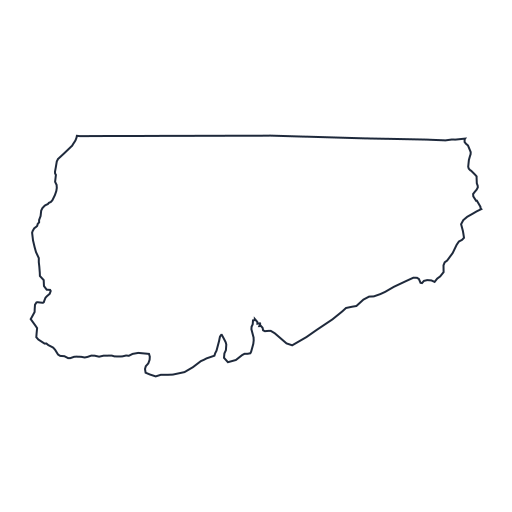 Kongolo, Katanga, Democratic Republic of the Congo
{"feature_id": "63176286B90330150002289", "entity_name": "Kongolo", "entity_type": "district", "adm_level": 2, "iso_a3": "COD", "parent_name": "Democratic Republic of the Congo", "parent_adm1": "Katanga", "projection": "mercator", "projection_center": [26.751, -5.433], "detail": "fine", "context": "isolated", "style": "outline", "palette": "slate", "viewbox_px": 512, "rotation_deg": 0, "n_neighbors": 0, "source": "geoboundaries", "source_scale": "gbopen_adm2", "svg_char_len": 3914}
<svg xmlns="http://www.w3.org/2000/svg" viewBox="0 0 512 512"><path d="M292.2,345.3L306.4,337.1L316.7,329.9L332.4,319.4L342.4,311.3L346.0,308.0L352.2,306.7L356.4,306.0L363.4,299.6L369.1,296.6L373.8,296.4L380.3,294.1L385.1,291.9L393.9,286.8L406.2,281.0L413.4,277.7L417.0,277.8L418.9,279.0L420.5,282.8L422.0,283.1L423.9,280.9L427.2,280.1L431.3,280.4L434.6,281.9L437.2,278.6L440.2,276.4L443.6,272.1L443.5,265.3L444.7,262.3L447.1,260.6L448.9,258.2L449.9,256.8L452.7,253.0L456.7,244.7L458.9,241.5L462.0,239.9L464.0,237.8L463.3,233.3L462.9,231.0L461.1,224.2L463.3,220.1L467.2,216.8L472.7,213.7L476.6,211.4L481.3,209.1L480.6,208.3L480.4,206.8L480.4,206.7L476.9,200.7L476.5,200.7L476.1,200.8L473.3,196.4L473.1,194.0L474.8,191.8L476.6,189.7L477.8,187.4L477.7,185.8L476.8,183.3L476.6,178.1L476.6,176.4L475.1,174.7L471.1,170.7L470.3,170.3L468.8,168.7L468.7,168.5L468.2,166.7L468.9,159.9L470.0,156.0L470.6,154.2L470.7,152.1L468.0,145.5L465.9,143.7L464.6,142.0L464.6,140.6L464.6,139.4L465.1,138.6L455.5,139.6L451.9,139.5L445.3,140.4L443.7,140.3L431.1,139.8L426.8,139.6L392.2,138.9L387.3,138.8L386.3,138.8L369.9,138.5L367.3,138.4L365.4,138.4L351.8,138.0L308.1,136.7L303.2,136.6L270.0,135.6L267.1,135.7L266.8,135.7L266.2,135.7L265.6,135.7L263.2,135.7L205.6,135.8L172.8,135.9L167.0,135.9L159.7,135.9L137.0,136.0L131.5,136.0L109.3,136.0L88.8,136.1L79.5,136.1L76.9,135.8L76.5,137.7L75.5,140.3L75.4,140.5L74.8,141.5L73.2,143.9L72.1,145.8L71.7,146.1L64.3,153.2L57.9,159.1L57.8,159.5L57.3,160.4L56.8,161.4L55.8,167.3L55.0,171.7L55.0,172.0L55.1,173.5L55.9,174.9L55.1,181.8L55.4,182.4L55.9,183.5L56.6,184.9L56.7,186.5L56.8,187.9L56.3,191.0L55.7,192.8L54.9,195.1L53.5,198.0L52.5,200.0L52.3,200.4L51.7,201.0L50.8,202.0L49.9,202.4L48.9,202.8L48.8,203.0L48.3,203.5L48.2,203.6L48.1,203.8L47.8,204.1L45.8,205.0L45.5,205.2L44.9,205.5L43.9,206.5L42.9,207.6L42.4,208.1L41.2,210.6L40.6,216.0L40.5,216.3L39.1,220.0L39.1,221.2L39.1,222.4L38.9,222.6L37.7,223.9L37.6,224.4L37.2,225.8L37.1,226.0L36.2,226.8L34.6,228.0L34.2,228.3L33.3,229.9L32.8,230.7L32.4,231.8L32.1,232.7L33.0,240.3L34.6,247.1L36.0,252.1L38.8,258.1L38.8,262.2L39.3,266.6L39.8,272.9L39.9,276.0L43.7,280.1L43.9,284.8L44.0,286.1L46.7,289.7L50.1,289.9L50.7,291.0L49.7,293.8L46.8,296.3L45.5,297.7L44.3,300.7L43.8,302.2L42.9,302.8L39.9,302.5L37.6,302.2L36.5,302.4L35.0,304.7L34.7,309.0L34.6,312.0L32.0,316.8L30.7,319.1L35.4,325.6L37.1,328.1L36.6,333.3L36.3,337.2L38.3,339.5L44.6,343.6L46.4,343.5L47.7,344.6L48.3,345.1L49.7,345.8L50.7,346.3L53.0,347.5L53.8,348.3L55.1,349.8L57.7,354.0L58.1,354.6L60.2,355.9L64.4,356.2L67.5,357.8L68.0,358.1L68.4,358.1L70.4,358.1L74.1,356.8L77.0,356.6L77.3,356.7L81.1,356.8L84.7,357.5L87.6,356.9L90.1,356.0L91.4,355.6L94.7,355.7L99.1,356.7L101.7,356.1L103.5,355.7L103.9,355.7L110.1,355.6L111.7,355.6L111.8,355.6L114.5,356.4L119.7,356.5L122.3,356.4L125.3,355.7L126.1,355.5L126.3,355.5L128.8,355.8L130.0,355.2L132.6,353.9L138.3,352.9L149.0,353.9L149.8,356.7L149.6,359.8L148.3,363.4L145.8,366.2L145.0,369.0L145.6,372.7L149.9,374.5L155.7,376.4L160.8,374.8L164.0,374.8L167.8,374.8L172.8,374.6L184.5,372.1L192.9,367.2L197.6,363.6L200.9,361.1L203.9,359.8L206.5,358.4L214.4,355.7L215.2,353.2L216.5,350.7L219.1,340.9L219.6,338.3L220.0,336.6L221.2,334.9L221.8,334.9L223.4,337.8L224.8,340.5L225.7,342.3L226.3,344.6L225.9,350.2L224.4,353.4L224.0,357.8L227.9,362.2L235.9,360.0L242.1,355.1L244.5,353.8L247.5,353.8L250.3,353.3L250.9,352.2L251.1,351.8L252.3,347.5L253.3,343.8L253.7,340.3L253.6,338.9L253.6,338.0L253.6,337.6L253.2,336.1L251.4,329.2L251.6,326.6L251.9,326.0L252.0,325.9L252.7,324.3L253.0,320.5L253.0,320.4L254.7,320.1L254.8,320.1L254.8,319.0L257.3,321.9L257.4,323.2L257.4,323.7L258.4,323.5L259.9,323.3L260.0,323.6L260.2,324.0L259.3,326.1L259.8,326.1L260.3,326.0L260.9,325.9L262.0,327.2L262.2,327.3L262.6,327.9L263.1,330.3L264.9,331.2L268.1,330.9L270.8,330.9L273.5,332.5L274.8,333.3L286.5,343.4L292.2,345.3Z" fill="none" stroke="#1e293b" stroke-width="2"/></svg>